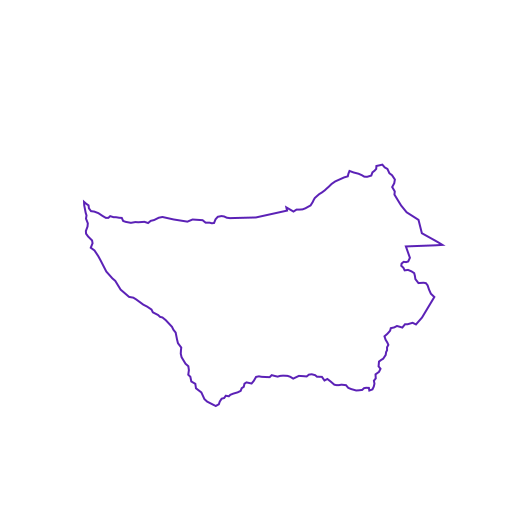 the district of Itaíba, Pernambuco, Brazil, rotated 125°
{"feature_id": "56859067B4810139882764", "entity_name": "Itaíba", "entity_type": "district", "adm_level": 2, "iso_a3": "BRA", "parent_name": "Brazil", "parent_adm1": "Pernambuco", "projection": "natural_earth1", "projection_center": [-37.295, -9.026], "detail": "fine", "context": "isolated", "style": "outline", "palette": "violet", "viewbox_px": 512, "rotation_deg": 125, "n_neighbors": 0, "source": "geoboundaries", "source_scale": "gbopen_adm2", "svg_char_len": 3262}
<svg xmlns="http://www.w3.org/2000/svg" viewBox="0 0 512 512"><g transform="rotate(125 256 256)"><path d="M403.3,212.5L402.0,203.0L398.8,201.4L396.0,202.2L392.6,202.3L390.6,200.6L387.8,200.6L386.5,197.8L384.4,197.4L381.8,195.7L378.2,192.8L375.3,191.2L372.5,191.9L370.2,191.0L367.2,192.2L365.0,191.3L363.0,186.5L359.6,186.2L355.0,186.6L352.9,184.6L351.8,182.2L349.1,177.9L347.4,175.3L344.6,174.8L343.5,171.8L342.4,169.1L340.4,167.5L338.4,165.1L336.1,161.4L335.3,158.7L335.1,155.2L329.6,152.1L327.4,148.5L325.6,145.4L322.8,144.6L320.9,142.5L319.7,139.2L319.9,136.8L317.2,132.7L318.7,128.5L315.8,127.0L316.0,122.8L316.5,118.0L315.6,116.0L314.3,114.1L312.4,112.2L310.2,108.2L311.1,104.8L310.4,101.7L308.7,96.8L307.2,94.9L304.8,92.2L302.3,91.7L300.8,90.2L299.3,87.9L301.2,86.0L298.5,84.1L295.5,84.6L292.7,85.7L290.5,87.9L287.6,87.7L284.4,90.2L280.4,88.8L277.0,89.3L276.1,92.3L271.9,94.7L269.2,93.8L267.2,92.9L262.7,93.0L260.1,94.3L258.0,94.6L255.6,96.3L252.9,96.6L251.6,98.7L250.2,101.9L248.1,104.7L244.6,103.8L242.3,103.5L240.3,103.3L237.8,104.2L235.2,101.8L232.5,100.4L231.5,97.6L230.7,95.1L226.5,94.8L225.1,92.8L220.9,89.4L220.3,85.7L211.2,84.7L187.3,86.4L186.6,91.1L184.2,95.1L181.6,98.6L180.8,101.3L181.8,103.4L185.0,107.4L183.5,112.2L181.0,114.6L179.3,116.6L179.4,119.8L180.2,123.5L182.5,126.0L181.1,128.5L180.7,131.4L178.7,132.4L176.1,131.7L174.9,129.5L173.2,128.2L169.2,128.9L162.2,138.7L159.0,134.5L144.3,115.1L140.0,109.7L140.3,114.7L142.2,133.2L135.1,141.4L133.2,143.6L133.3,146.2L133.4,148.6L133.8,157.7L131.4,166.1L129.9,169.6L126.3,177.8L123.5,179.4L121.4,184.0L117.1,184.5L113.7,186.1L111.8,190.9L111.7,194.2L109.3,198.3L109.6,201.4L108.7,204.9L110.6,206.6L113.2,209.0L115.7,207.5L118.1,207.8L120.7,208.6L124.0,207.7L127.4,210.4L128.9,212.8L129.1,215.7L129.8,219.2L131.6,224.0L132.7,228.2L135.6,227.5L138.1,226.5L141.1,228.9L149.5,233.9L153.6,235.4L157.8,236.2L160.2,236.8L162.7,237.3L166.3,238.5L169.0,239.7L171.8,240.4L174.8,241.1L177.0,240.9L179.3,240.5L183.3,240.3L186.3,241.8L188.6,242.9L191.1,244.6L193.2,247.2L194.7,249.4L198.1,250.8L198.4,254.5L198.8,259.0L201.0,256.6L224.5,278.2L238.1,296.6L239.9,299.0L241.4,301.9L241.9,304.8L243.1,307.2L245.8,309.8L249.1,310.2L253.0,309.3L254.5,310.9L255.3,313.1L257.6,316.4L257.3,320.3L262.5,328.9L267.2,331.9L273.3,344.4L277.7,355.0L280.4,357.6L285.0,360.1L287.6,362.4L290.9,363.3L292.0,367.0L295.9,371.8L297.4,374.3L300.6,377.5L302.8,382.4L303.5,384.9L301.8,387.8L303.2,390.1L304.4,392.7L305.9,394.9L307.0,398.3L309.4,398.8L310.9,400.9L311.2,404.8L311.3,409.7L312.4,414.0L313.9,416.9L312.8,420.2L310.6,422.2L310.6,425.3L310.3,427.9L313.0,425.8L318.3,420.3L320.0,418.1L322.9,416.7L325.7,412.5L328.5,410.9L333.1,409.7L335.2,408.0L336.3,404.8L337.3,399.2L339.3,397.2L344.0,396.1L344.1,391.5L346.6,385.1L348.9,380.5L354.6,369.7L356.7,360.9L357.1,357.0L361.2,347.6L361.6,343.4L362.3,336.5L360.5,332.6L360.3,329.3L360.5,320.4L359.9,316.1L359.8,310.9L361.3,308.2L360.5,302.3L360.9,299.7L360.0,297.4L360.3,293.2L362.2,284.2L363.8,281.3L364.8,277.9L369.7,272.8L372.2,269.9L373.9,264.7L376.1,263.5L379.2,261.6L381.6,258.9L384.7,251.9L385.1,248.2L388.0,245.5L392.1,243.4L392.6,240.5L395.9,237.0L395.5,232.4L398.8,229.3L399.1,222.5L402.8,216.2L403.3,212.5Z" fill="none" stroke="#5b21b6" stroke-width="2"/></g></svg>